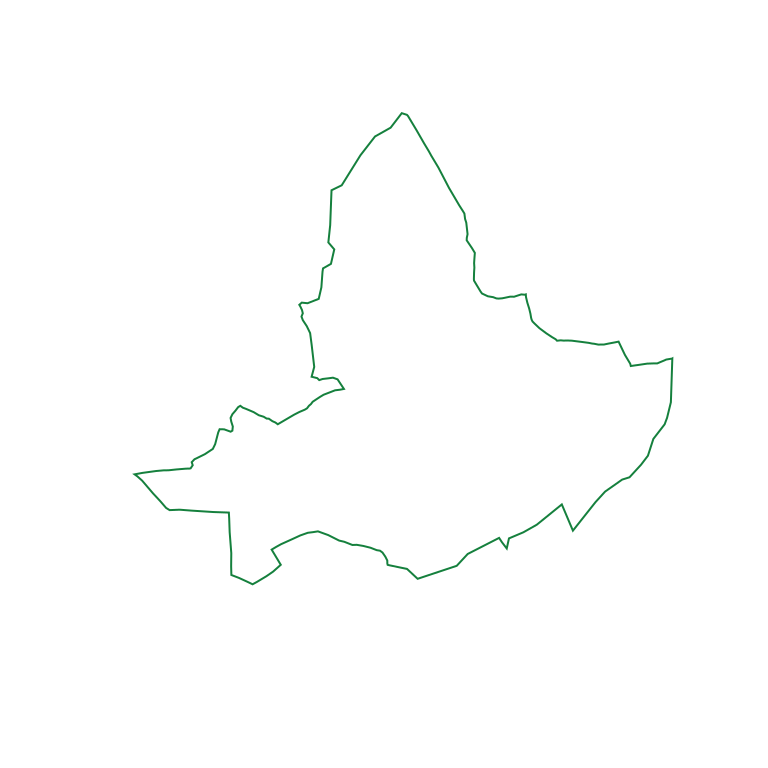 Al-Diwaniya, Al-Qādisiyyah, Iraq (Mercator projection), rotated 239°
{"feature_id": "34846034B69027693964314", "entity_name": "Al-Diwaniya", "entity_type": "district", "adm_level": 2, "iso_a3": "IRQ", "parent_name": "Iraq", "parent_adm1": "Al-Qādisiyyah", "projection": "mercator", "projection_center": [44.918, 32.02], "detail": "fine", "context": "isolated", "style": "outline", "palette": "green", "viewbox_px": 768, "rotation_deg": 239, "n_neighbors": 0, "source": "geoboundaries", "source_scale": "gbopen_adm2", "svg_char_len": 3178}
<svg xmlns="http://www.w3.org/2000/svg" viewBox="0 0 768 768"><g transform="rotate(239 384 384)"><path d="M435.0,123.7L431.9,125.0L425.8,126.9L409.1,129.7L398.7,131.9L390.0,133.4L386.3,135.3L381.5,144.1L374.6,153.8L362.2,171.7L353.7,184.8L348.4,182.0L336.5,175.4L317.7,166.0L306.5,159.1L298.9,154.8L292.5,159.8L285.6,164.5L282.3,166.7L280.0,168.2L279.8,173.2L279.8,177.6L279.8,184.2L280.3,192.3L282.2,202.4L285.6,202.4L290.9,202.4L294.9,202.4L299.9,202.4L299.9,207.7L299.7,213.3L298.3,225.2L297.3,234.3L295.7,242.1L293.6,246.8L291.7,251.5L283.2,258.4L272.9,264.9L269.2,268.7L262.3,274.0L260.2,277.8L255.9,282.8L250.6,288.1L245.3,292.2L243.2,294.7L240.3,295.9L235.3,296.2L231.0,295.9L228.4,294.4L227.1,294.0L225.9,295.2L213.6,308.5L199.7,312.5L190.7,352.7L195.2,368.2L192.8,403.4L187.7,403.6L179.8,404.5L187.3,411.6L185.1,427.1L184.7,442.5L189.2,474.4L161.0,470.4L173.8,504.4L177.9,518.1L179.4,538.9L177.6,546.4L182.4,562.7L186.6,573.3L198.2,586.6L204.9,603.8L207.8,607.4L209.1,609.1L220.6,620.5L257.4,644.3L257.4,644.1L259.6,638.5L259.8,636.6L260.5,631.9L260.9,628.9L262.8,625.7L265.9,620.1L269.6,611.2L270.6,608.9L272.3,604.8L274.6,605.5L275.6,605.5L277.5,605.5L280.8,605.5L282.0,605.5L284.9,605.5L299.5,606.9L300.7,603.5L303.0,597.3L304.5,593.0L307.4,588.0L310.3,584.8L311.5,583.2L313.8,580.7L318.1,575.3L324.4,567.3L326.9,563.5L328.7,560.3L330.4,558.0L332.0,554.6L333.9,554.2L337.8,552.1L343.9,549.2L351.7,546.0L358.2,544.2L361.1,543.5L363.2,543.7L365.0,544.2L368.8,545.7L373.9,547.3L379.7,548.7L385.4,550.5L387.8,551.7L388.0,550.7L390.1,547.8L390.9,544.4L391.8,540.5L393.9,537.1L395.7,531.9L396.6,529.4L398.2,526.2L399.5,524.4L402.2,522.3L405.7,518.2L411.1,514.6L413.6,514.4L415.2,514.4L417.7,514.4L421.2,514.4L426.2,514.4L427.5,515.0L429.7,516.4L433.3,518.7L437.2,521.4L441.2,523.5L445.1,526.2L449.6,529.4L451.7,529.4L455.0,529.4L464.6,528.9L466.7,530.3L469.4,532.8L479.9,537.6L483.7,538.5L488.7,540.7L491.3,540.7L498.4,540.5L518.5,540.7L541.5,542.1L555.2,542.1L560.4,542.3L569.8,542.3L585.1,542.6L590.7,542.6L593.4,542.6L601.3,542.6L602.9,542.3L605.4,540.1L607.0,538.7L600.3,521.7L600.8,503.8L592.2,481.6L576.1,450.1L577.1,438.8L573.9,436.7L547.9,419.7L534.0,409.2L525.0,410.7L514.3,400.4L514.5,391.3L512.0,389.2L499.1,380.1L490.6,371.9L492.6,360.1L496.1,355.4L495.5,352.2L493.5,352.2L489.6,351.8L486.4,350.8L484.3,348.0L480.5,347.3L473.4,347.6L465.7,346.9L454.7,342.1L434.6,333.0L427.5,325.7L423.4,329.8L420.7,330.5L419.9,334.0L417.5,339.3L415.7,343.5L411.9,346.6L405.1,346.9L400.4,347.1L401.7,343.5L403.8,338.8L404.9,332.4L405.9,326.7L405.9,322.6L405.7,317.8L405.5,313.7L404.4,311.0L404.0,308.5L402.8,305.5L402.8,302.8L403.6,297.1L404.0,291.1L404.2,272.2L406.9,271.1L409.6,269.2L413.6,267.4L414.8,265.6L417.9,264.0L421.7,260.6L427.0,257.8L433.9,252.8L436.4,250.8L439.3,249.6L439.3,247.1L437.6,242.8L436.2,238.5L433.9,235.0L430.4,233.7L425.4,232.5L422.1,230.0L422.1,228.0L427.5,223.6L429.9,219.8L427.9,217.0L419.4,208.3L416.5,203.8L416.3,198.8L416.1,194.4L416.9,184.6L417.1,182.8L416.0,178.9L412.9,178.2L411.3,174.8L411.7,173.7L413.4,170.7L417.7,162.0L421.0,154.9L423.5,150.6L426.8,143.8L432.2,131.2L435.0,123.7Z" fill="none" stroke="#15803d" stroke-width="2"/></g></svg>